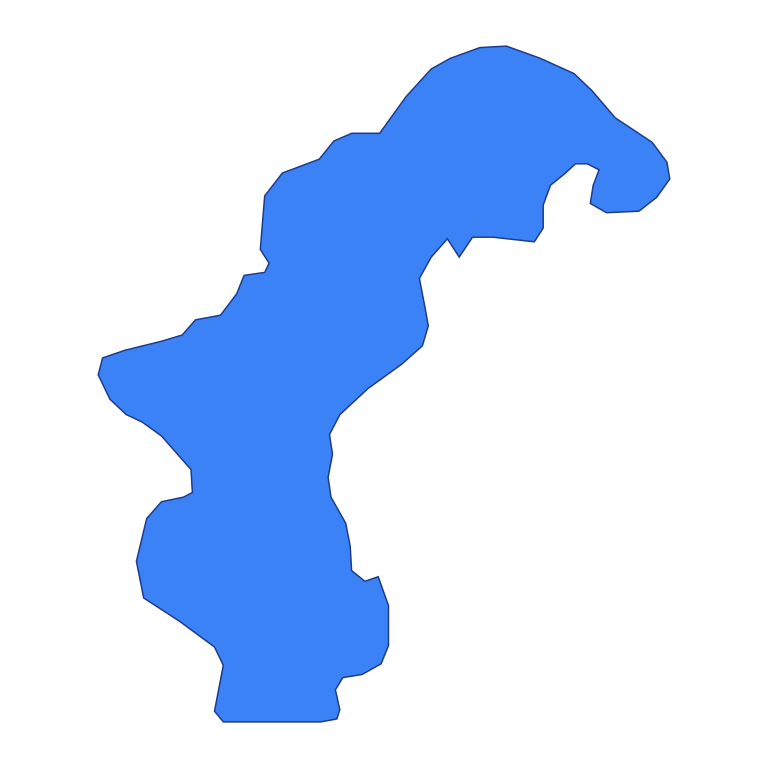 map outline of Amanat Al Asimah (Albers equal-area conic projection)
{"feature_id": "YEM-3498", "entity_name": "Amanat Al Asimah", "entity_type": "Governorate", "adm_level": 1, "iso_a3": "YEM", "parent_name": "Yemen", "parent_adm1": "", "projection": "albers", "projection_center": [44.251, 15.453], "detail": "fine", "context": "isolated", "style": "filled", "palette": "blue", "viewbox_px": 768, "rotation_deg": 0, "n_neighbors": 0, "source": "natural_earth", "source_scale": "10m", "svg_char_len": 1226}
<svg xmlns="http://www.w3.org/2000/svg" viewBox="0 0 768 768"><path d="M506.3,46.1L540.2,58.3L574.0,73.6L591.7,90.4L615.3,117.9L652.1,142.3L666.9,162.2L669.8,179.0L656.6,197.4L638.9,211.2L606.5,212.7L590.3,203.5L593.2,185.2L599.1,169.9L587.3,163.8L575.5,163.8L563.8,174.5L550.5,185.2L543.2,205.1L543.2,228.0L534.3,241.8L493.1,237.2L472.5,237.2L459.2,257.1L447.4,238.8L431.2,257.1L419.4,278.5L425.3,309.1L428.3,325.9L422.4,345.8L401.8,364.1L367.9,388.6L339.9,414.6L329.5,434.5L332.5,454.3L328.1,477.3L331.0,497.2L345.7,523.2L350.2,546.1L351.6,570.6L364.9,581.3L378.2,576.7L388.5,605.7L388.5,645.5L381.1,663.8L362.0,674.5L342.8,677.6L335.4,689.8L339.8,709.7L336.9,718.9L320.7,721.9L279.4,721.9L223.3,721.9L214.5,711.2L223.3,665.3L214.5,647.0L179.1,621.0L143.7,598.0L136.4,561.3L146.7,518.5L161.5,501.7L183.6,497.1L192.4,492.5L191.0,469.6L161.5,436.0L142.4,422.2L126.1,414.5L109.9,399.2L98.2,374.8L102.6,357.9L124.7,350.3L161.6,341.2L182.2,335.0L195.5,319.8L220.5,315.2L236.7,293.8L244.1,275.4L264.7,272.4L269.1,263.2L260.3,249.4L264.7,195.9L282.4,173.0L319.2,159.2L334.0,140.9L351.7,133.3L379.6,133.3L388.5,121.0L406.1,96.6L431.2,69.0L450.3,58.3L479.8,47.6L506.3,46.1Z" fill="#3b82f6" stroke="#1e3a8a" stroke-width="1.5"/></svg>